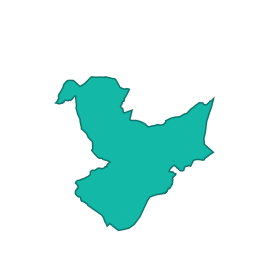 outline of Shanga, Kebbi, Nigeria, rotated 318°
{"feature_id": "59680162B85769693016783", "entity_name": "Shanga", "entity_type": "district", "adm_level": 2, "iso_a3": "NGA", "parent_name": "Nigeria", "parent_adm1": "Kebbi", "projection": "orthographic", "projection_center": [4.585, 11.206], "detail": "fine", "context": "isolated", "style": "filled", "palette": "teal", "viewbox_px": 256, "rotation_deg": 318, "n_neighbors": 0, "source": "geoboundaries", "source_scale": "gbopen_adm2", "svg_char_len": 5162}
<svg xmlns="http://www.w3.org/2000/svg" viewBox="0 0 256 256"><g transform="rotate(318 128 128)"><path d="M46.8,187.0L50.4,186.7L51.7,194.2L52.4,197.7L57.7,201.0L62.0,203.1L67.9,203.8L73.6,202.7L77.7,201.8L94.4,194.8L98.0,193.9L101.0,195.0L104.4,196.5L110.1,200.2L110.5,200.0L110.7,200.3L110.8,200.1L111.1,200.2L111.2,200.5L111.4,200.6L111.5,201.0L111.9,201.0L112.1,201.3L112.3,201.2L112.8,201.0L113.1,201.3L113.4,201.4L113.7,201.1L114.2,201.1L114.4,201.3L114.9,201.2L115.1,201.1L115.2,200.9L115.3,200.7L116.3,200.3L116.7,200.3L117.3,200.2L117.6,199.9L117.8,200.3L117.9,200.6L118.2,200.7L118.3,200.7L119.1,200.6L119.4,200.5L119.6,200.6L119.8,200.3L121.3,199.9L121.5,200.0L121.9,200.0L122.2,199.7L122.6,199.5L122.9,199.3L123.3,199.4L123.6,199.2L123.8,198.9L124.1,198.6L124.6,198.4L124.8,198.1L125.1,197.8L125.5,197.5L125.6,197.3L125.7,197.1L126.1,196.7L126.5,196.6L126.7,196.4L126.9,196.3L126.9,196.0L126.8,195.9L127.2,195.5L127.5,195.3L127.8,194.8L128.3,194.5L128.6,194.7L128.8,194.8L129.2,194.6L129.7,194.6L129.8,194.6L130.6,194.6L132.0,194.7L132.3,194.4L132.8,194.1L132.6,193.5L132.2,192.9L131.8,192.2L131.6,191.2L131.9,191.0L131.9,190.6L131.2,190.1L131.0,189.7L130.5,189.2L130.0,188.5L129.8,188.2L129.6,188.0L129.9,187.5L130.7,187.1L131.6,186.7L133.2,186.5L135.8,186.3L137.5,186.5L137.3,187.3L137.6,188.1L137.8,189.1L137.8,189.9L137.7,190.5L138.0,191.1L138.2,191.3L138.3,191.7L138.1,191.9L138.1,192.7L138.1,193.2L138.2,193.4L138.2,193.7L138.2,194.0L138.3,194.7L138.6,195.0L138.8,195.4L139.6,196.1L141.0,196.8L142.2,196.0L143.1,195.3L145.0,194.9L146.8,196.2L148.3,196.9L148.8,197.7L148.9,198.3L154.6,196.0L155.9,196.1L158.8,198.0L162.8,202.6L164.6,202.1L170.3,202.4L174.7,203.1L175.1,203.2L173.8,191.3L174.6,190.4L177.0,186.9L182.7,182.8L190.8,175.8L199.3,170.8L204.6,167.9L211.3,163.4L210.2,163.4L208.3,163.8L206.9,162.9L205.2,163.3L204.2,163.4L201.2,163.0L200.1,161.3L200.3,159.3L197.6,156.8L196.7,156.8L195.8,156.8L193.1,156.4L190.3,156.4L187.3,156.0L181.4,156.5L179.1,155.3L174.2,154.3L171.2,152.4L170.6,151.6L168.2,150.4L165.8,149.2L163.9,148.7L160.9,147.9L160.1,148.7L157.4,149.2L154.3,148.0L153.6,146.9L152.4,145.8L152.2,145.1L149.0,143.9L147.2,142.5L144.6,141.4L144.1,140.7L143.6,140.1L143.4,136.4L141.6,131.7L139.2,128.0L135.4,124.5L135.0,122.9L142.4,117.9L142.7,117.7L143.0,117.5L136.0,114.6L135.1,113.7L135.2,112.9L135.2,112.7L136.0,112.1L136.3,111.2L137.0,110.2L136.6,108.3L136.8,107.2L136.9,106.9L138.0,106.6L138.6,106.4L139.4,106.2L140.2,105.8L140.3,105.8L140.4,105.1L140.5,104.8L141.6,104.7L142.8,105.3L144.1,104.7L145.0,103.6L146.1,103.4L147.0,103.2L147.9,102.9L148.7,102.6L150.3,102.0L151.3,101.7L152.4,101.2L153.2,100.8L153.7,100.7L154.2,100.5L154.9,100.1L153.6,98.0L151.2,96.7L149.2,92.6L150.8,86.0L151.3,83.3L145.4,74.8L144.2,74.6L144.0,74.1L139.9,70.2L138.9,69.6L138.7,69.4L134.9,65.5L134.3,65.5L129.7,65.8L125.4,66.0L120.1,65.0L119.4,57.9L119.2,56.1L115.3,52.5L113.3,52.2L109.4,52.7L106.8,54.4L102.1,56.0L98.3,57.1L96.4,59.5L93.3,60.8L91.1,61.0L91.5,61.4L91.8,62.0L92.6,63.4L93.0,63.9L93.4,64.3L94.0,64.5L94.7,64.8L95.3,65.2L95.8,65.6L96.2,65.6L96.6,65.8L97.1,65.7L97.6,65.9L98.0,65.7L98.5,65.4L99.0,65.4L99.3,65.5L99.6,65.4L100.0,65.3L100.7,65.7L100.9,66.2L100.9,66.5L101.1,67.0L101.5,67.4L101.8,67.7L102.0,67.8L102.6,67.8L102.8,68.0L103.4,68.3L103.6,68.7L103.8,69.1L106.2,69.1L107.9,68.7L109.2,68.5L110.4,69.1L104.8,76.8L102.8,78.4L101.5,81.0L100.3,83.1L99.3,85.8L98.3,89.3L96.3,91.9L94.8,94.6L93.6,96.7L93.5,96.8L93.0,97.2L92.8,97.4L92.9,98.3L93.2,100.0L93.4,103.1L93.5,104.3L92.2,108.4L92.2,109.5L92.2,110.8L92.5,113.9L92.0,114.9L92.0,115.0L91.2,115.9L88.0,119.8L86.1,120.2L85.8,125.4L86.0,129.4L86.4,131.2L88.4,132.9L88.5,134.7L91.3,139.3L91.9,141.3L90.9,141.2L90.1,141.2L89.2,141.3L88.5,141.4L87.5,141.5L86.8,142.0L86.3,142.6L85.4,141.7L84.7,141.5L83.9,141.8L83.2,141.7L82.6,141.3L82.1,141.2L81.6,140.9L81.1,140.5L80.9,140.0L80.6,139.5L80.0,138.9L79.0,137.9L78.1,137.7L77.0,137.6L75.5,137.4L74.7,137.1L74.4,136.7L73.9,136.1L73.5,135.7L72.9,135.5L72.1,135.3L71.5,135.3L70.9,135.3L70.6,135.5L70.3,135.9L69.9,136.2L69.5,136.6L69.2,136.9L68.8,137.2L68.4,137.4L67.6,137.4L66.0,137.3L64.6,136.9L63.6,136.6L63.0,136.6L62.5,136.4L61.9,136.2L61.0,135.9L60.5,135.7L59.7,135.3L58.7,134.9L57.9,134.6L57.2,134.4L56.8,134.2L56.3,133.9L55.9,133.6L55.4,133.3L54.7,133.2L54.0,133.2L53.6,133.3L53.0,133.3L52.6,133.4L52.2,133.6L52.3,135.5L52.2,136.1L52.0,136.7L52.2,137.2L52.0,137.6L51.8,138.0L51.6,138.4L51.4,138.6L51.2,138.8L51.1,139.0L50.5,139.0L50.1,138.7L49.5,139.0L49.3,139.3L48.8,139.4L48.3,139.4L47.9,139.4L47.6,139.6L47.0,139.7L46.6,139.8L46.2,140.3L45.8,140.7L45.5,141.0L45.1,141.5L44.8,142.0L44.8,142.6L44.8,143.1L44.8,143.7L44.9,144.5L44.9,145.3L45.2,146.2L46.1,146.8L46.3,147.7L45.5,149.1L44.8,150.1L44.7,151.2L44.9,151.8L45.3,152.3L45.8,153.3L46.0,154.0L46.3,154.6L46.3,154.9L46.3,155.3L46.4,155.7L46.5,156.1L46.6,156.5L46.8,156.9L46.7,157.7L46.4,158.2L46.6,158.6L46.5,159.0L46.7,159.6L46.8,159.9L46.8,160.7L47.0,161.1L47.3,161.5L47.4,161.9L47.2,162.3L47.6,163.6L47.8,164.9L48.7,168.1L49.6,172.4L50.3,174.9L49.7,178.5L49.5,179.1L48.1,182.5L48.0,183.7L47.4,185.4L46.8,187.0Z" fill="#14b8a6" stroke="#0f766e" stroke-width="1.5"/></g></svg>